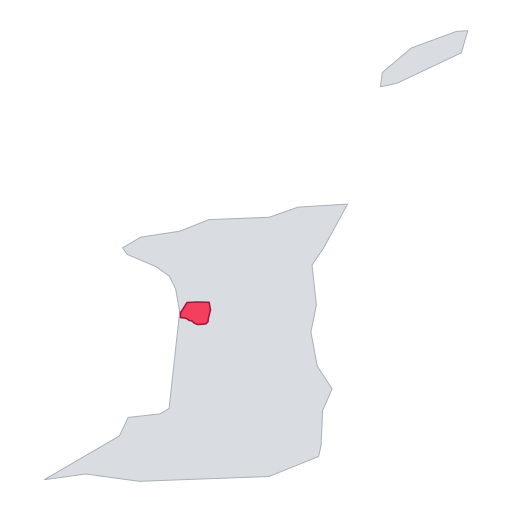 Chaguanas on a map of Trinidad and Tobago (Natural Earth projection)
{"feature_id": "TTO-63", "entity_name": "Chaguanas", "entity_type": "City", "adm_level": 1, "iso_a3": "TTO", "parent_name": "Trinidad and Tobago", "parent_adm1": "", "projection": "natural_earth1", "projection_center": [-61.422, 10.535], "detail": "fine", "context": "in_parent", "style": "filled", "palette": "rose", "viewbox_px": 512, "rotation_deg": 0, "n_neighbors": 0, "source": "natural_earth", "source_scale": "10m", "svg_char_len": 857}
<svg xmlns="http://www.w3.org/2000/svg" viewBox="0 0 512 512"><path d="M318.7,456.4L268.9,476.5L139.2,481.3L85.5,474.0L44.2,479.7L119.4,435.9L128.2,417.4L160.1,413.9L169.1,408.4L179.7,311.8L175.6,288.8L169.3,276.1L156.4,266.9L127.4,254.5L122.6,247.8L140.8,237.1L179.7,231.2L208.8,219.6L269.0,217.3L298.2,207.1L347.6,204.1L323.3,248.5L312.0,265.0L316.4,304.9L310.9,332.0L317.3,366.3L332.1,388.8L322.5,410.9L321.2,444.4L318.7,456.4ZM397.0,83.2L380.4,86.8L382.3,72.5L411.5,47.9L456.3,31.4L467.8,30.7L461.3,52.8L397.0,83.2Z" fill="#d9dde1" stroke="#a8b0b8" stroke-width="1"/><path d="M180.5,317.6L180.5,312.1L181.0,312.1L187.0,302.5L196.6,302.0L209.1,302.3L210.5,309.9L208.4,318.1L208.0,321.7L205.9,323.9L198.1,324.6L194.3,323.3L192.0,321.0L189.1,320.4L186.8,318.7L184.8,318.1L180.5,317.6L180.5,317.6Z" fill="#f43f5e" stroke="#9f1239" stroke-width="1.5"/></svg>